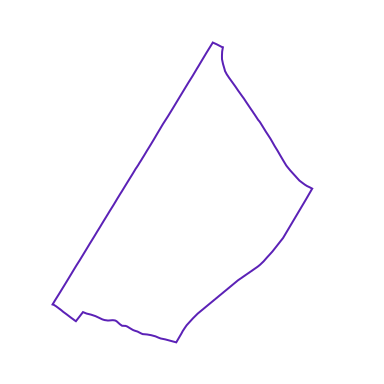 Dusit, Bangkok Metropolis, Thailand (orthographic projection), rotated 190°
{"feature_id": "78962969B42559616125747", "entity_name": "Dusit", "entity_type": "district", "adm_level": 2, "iso_a3": "THA", "parent_name": "Thailand", "parent_adm1": "Bangkok Metropolis", "projection": "orthographic", "projection_center": [100.521, 13.776], "detail": "fine", "context": "isolated", "style": "outline", "palette": "violet", "viewbox_px": 384, "rotation_deg": 190, "n_neighbors": 0, "source": "geoboundaries", "source_scale": "gbopen_adm2", "svg_char_len": 2188}
<svg xmlns="http://www.w3.org/2000/svg" viewBox="0 0 384 384"><g transform="rotate(190 192 192)"><path d="M74.2,216.2L77.0,217.1L79.9,217.9L82.3,218.9L85.1,220.3L88.2,221.9L91.3,224.3L94.9,227.1L99.0,230.3L102.6,233.4L103.8,234.5L107.3,238.5L111.4,243.3L115.0,247.6L118.5,251.5L121.8,255.5L123.9,258.0L126.3,260.6L129.8,264.3L133.7,268.7L136.9,272.3L137.8,273.2L139.0,274.2L139.4,274.5L140.6,275.8L144.0,279.4L145.3,280.7L146.0,281.5L147.9,283.4L150.9,286.5L153.3,289.0L153.9,289.6L157.1,293.0L159.3,295.1L159.8,295.6L164.0,299.7L167.4,303.2L171.4,307.1L175.4,311.0L176.9,312.6L177.7,313.4L178.1,313.8L180.6,317.0L180.8,317.6L183.7,323.5L185.4,327.7L185.5,327.9L186.0,330.5L186.2,331.7L186.7,335.6L186.7,339.9L187.4,340.0L187.8,340.0L193.5,341.8L197.1,342.7L197.5,342.8L197.7,342.2L201.9,331.7L205.5,322.3L207.5,317.0L208.5,314.5L211.6,306.3L214.5,299.2L217.3,292.0L221.3,281.7L225.2,271.6L228.7,262.7L232.4,253.9L236.9,242.0L238.6,237.4L240.6,232.2L241.7,229.4L243.7,224.4L244.8,221.5L245.8,218.9L246.7,216.7L247.7,214.1L248.8,211.5L249.5,209.6L251.0,206.1L251.3,205.6L253.4,200.1L255.8,194.1L257.4,190.1L259.1,185.8L261.1,180.7L262.5,177.3L264.5,172.2L266.9,165.9L269.5,159.5L271.6,154.1L273.9,148.3L276.8,140.8L278.6,136.3L280.8,130.6L283.6,123.6L285.8,117.9L288.3,111.5L290.8,105.1L293.0,99.8L294.8,95.2L297.1,89.2L299.4,83.3L301.4,78.2L303.5,72.9L305.6,67.6L307.8,62.2L309.0,59.1L309.3,58.2L309.5,57.9L309.8,57.0L308.3,56.8L307.8,56.6L305.9,55.8L300.2,52.9L298.0,51.6L294.3,49.8L289.1,47.1L286.2,45.7L285.7,45.4L283.9,44.6L278.5,54.8L274.8,54.0L270.2,53.7L265.5,53.0L261.4,51.9L258.2,51.0L255.9,50.7L253.1,50.8L252.5,50.8L251.3,51.1L247.9,52.0L246.4,52.1L245.3,52.1L244.6,51.9L243.6,51.5L240.1,49.3L238.4,48.5L238.1,48.3L237.8,48.2L237.2,48.2L234.1,48.6L233.6,48.5L232.5,48.3L230.0,47.3L226.3,45.9L224.5,45.5L221.4,45.1L217.6,43.9L215.9,43.5L211.5,43.9L207.4,43.9L202.9,43.5L199.5,42.7L197.3,42.3L196.8,42.3L192.7,42.2L185.9,41.6L181.4,41.2L177.8,50.9L177.0,53.4L175.4,57.1L174.1,59.9L169.1,67.8L165.3,73.2L131.4,113.0L114.6,129.6L113.6,130.7L112.4,132.1L109.4,136.2L106.8,140.5L102.5,147.3L94.3,162.6L78.7,203.9L74.2,216.2Z" fill="none" stroke="#5b21b6" stroke-width="2"/></g></svg>